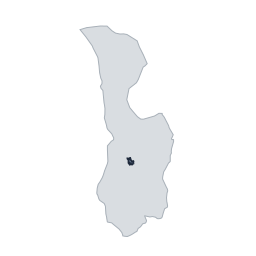 location of Vietalvas pag., Plavinu, Latvia, rotated 79°
{"feature_id": "27541924B27962464442280", "entity_name": "Vietalvas pag.", "entity_type": "district", "adm_level": 2, "iso_a3": "LVA", "parent_name": "Latvia", "parent_adm1": "Plavinu", "projection": "equal_earth", "projection_center": [25.736, 56.75], "detail": "fine", "context": "in_parent", "style": "filled", "palette": "slate", "viewbox_px": 256, "rotation_deg": 79, "n_neighbors": 0, "source": "geoboundaries", "source_scale": "gbopen_adm2", "svg_char_len": 3665}
<svg xmlns="http://www.w3.org/2000/svg" viewBox="0 0 256 256"><g transform="rotate(79 128 128)"><path d="M186.9,171.1L185.4,170.9L181.2,169.7L177.6,168.0L175.5,165.8L171.8,162.7L169.3,161.1L165.5,159.1L159.2,155.1L156.9,154.1L145.7,152.4L141.6,151.6L137.9,147.0L136.8,144.4L134.9,143.9L132.9,144.5L130.7,145.0L125.7,148.1L124.0,148.6L120.9,148.6L113.6,149.3L110.2,148.1L104.5,146.9L101.3,146.7L98.6,146.7L86.3,145.5L84.0,146.9L81.7,147.1L79.5,145.1L76.8,144.5L73.8,145.2L68.3,145.3L61.7,144.6L53.4,144.1L52.2,144.3L42.9,147.0L40.6,147.4L30.4,152.0L22.3,156.3L21.6,149.5L22.6,135.8L24.0,129.1L29.6,125.1L32.5,122.1L34.2,118.0L34.8,114.3L36.0,111.2L44.2,102.4L50.5,101.4L59.0,99.0L68.5,96.9L70.3,99.5L71.1,101.5L82.4,108.7L85.2,111.1L89.5,119.5L100.0,123.8L108.3,122.4L112.0,120.4L118.7,116.6L121.7,113.8L122.3,111.1L121.3,99.7L119.5,94.8L120.2,91.7L121.3,91.9L124.2,90.4L133.4,87.7L135.3,87.6L137.4,87.0L143.2,84.9L145.1,86.1L146.6,87.3L147.5,87.3L147.9,86.9L147.8,86.0L148.2,85.5L149.9,85.8L156.6,89.2L159.2,90.0L160.9,90.2L163.1,91.8L168.8,92.9L169.5,93.7L170.0,94.8L175.4,99.1L177.8,101.3L182.6,103.3L184.7,103.8L193.1,101.7L195.4,101.0L197.3,101.0L199.3,102.1L203.8,103.5L207.9,104.0L208.6,103.9L212.1,104.0L213.3,104.6L214.2,107.4L218.1,109.6L221.8,111.4L222.7,112.2L223.0,113.9L222.8,115.8L222.4,116.7L220.9,117.9L219.6,120.8L219.5,123.5L217.4,128.3L217.9,128.4L222.3,127.5L223.6,128.0L224.6,129.0L224.9,132.0L226.4,133.4L227.9,135.5L228.4,137.1L231.3,139.1L231.5,140.3L233.3,144.8L234.0,147.4L234.4,149.4L233.6,152.0L232.9,153.7L232.0,153.6L229.4,154.0L225.4,156.1L219.5,161.0L218.0,162.1L216.5,165.9L216.1,166.2L212.6,166.1L211.7,166.0L208.1,166.1L200.5,165.1L197.6,165.7L193.7,169.5L192.2,170.1L187.7,170.6L186.9,171.1Z" fill="#d9dde1" stroke="#a8b0b8" stroke-width="1"/><path d="M160.1,131.0L160.1,131.3L160.0,131.5L159.9,131.5L159.6,131.7L159.5,131.8L159.3,131.8L159.1,131.8L159.1,131.7L158.8,131.6L158.7,131.6L158.4,131.5L158.2,131.4L157.8,131.4L157.7,131.4L157.7,131.5L157.8,131.7L157.8,131.8L157.7,131.9L157.7,132.0L157.8,132.0L157.9,131.9L157.9,132.0L158.0,132.0L158.3,132.0L158.2,131.9L158.3,131.8L158.4,131.7L158.5,131.7L158.5,131.8L158.4,131.9L158.4,132.0L158.4,132.3L158.3,132.5L158.2,132.6L158.2,132.8L158.3,132.9L158.1,133.2L158.4,133.3L158.5,133.4L158.3,133.4L158.3,133.5L158.2,133.6L158.0,133.8L157.9,134.0L157.7,134.0L157.6,134.3L157.8,134.3L157.8,134.5L158.1,134.5L158.3,134.5L158.4,134.4L158.5,134.3L158.7,134.2L158.8,134.1L159.0,134.1L159.3,133.9L159.4,133.7L159.5,133.7L159.9,133.8L159.9,133.7L160.1,133.8L160.3,133.8L160.5,133.8L161.0,133.9L161.1,134.0L161.3,133.9L161.5,133.8L161.6,133.7L161.7,133.8L161.7,133.6L162.0,133.5L162.1,133.4L162.3,133.3L162.3,133.1L162.4,132.9L162.8,133.1L162.7,133.2L162.7,133.3L162.6,133.5L162.6,133.8L162.6,134.0L162.8,134.1L163.0,134.1L163.3,134.0L163.3,133.9L163.0,133.7L163.3,133.6L163.5,133.5L163.7,133.4L163.8,133.3L164.0,133.3L164.0,133.2L164.3,133.2L164.2,133.0L164.1,132.9L164.3,132.7L164.2,132.6L164.2,132.3L164.0,132.2L163.9,132.1L164.0,132.1L163.9,132.1L163.8,131.9L164.0,131.8L163.9,131.7L164.0,131.7L164.3,131.5L164.4,131.4L164.5,131.3L164.7,131.2L164.8,131.1L164.7,131.0L164.7,130.9L164.6,130.7L164.5,130.4L164.4,130.3L164.4,130.2L164.2,130.1L163.9,130.0L163.9,129.9L163.8,130.0L163.7,130.0L163.4,129.9L163.3,129.7L162.8,129.4L162.7,129.3L162.7,129.2L162.4,129.1L162.3,128.9L162.2,128.9L161.9,128.9L161.9,129.0L161.7,129.0L161.4,129.1L161.5,129.3L161.9,129.6L161.7,129.7L161.7,129.8L161.4,130.1L161.2,130.2L161.2,130.3L161.3,130.3L161.3,130.5L161.5,130.6L161.4,130.8L161.2,130.8L160.9,130.8L160.5,131.0L160.3,131.0L160.1,131.0Z" fill="#64748b" stroke="#1e293b" stroke-width="1.5"/></g></svg>